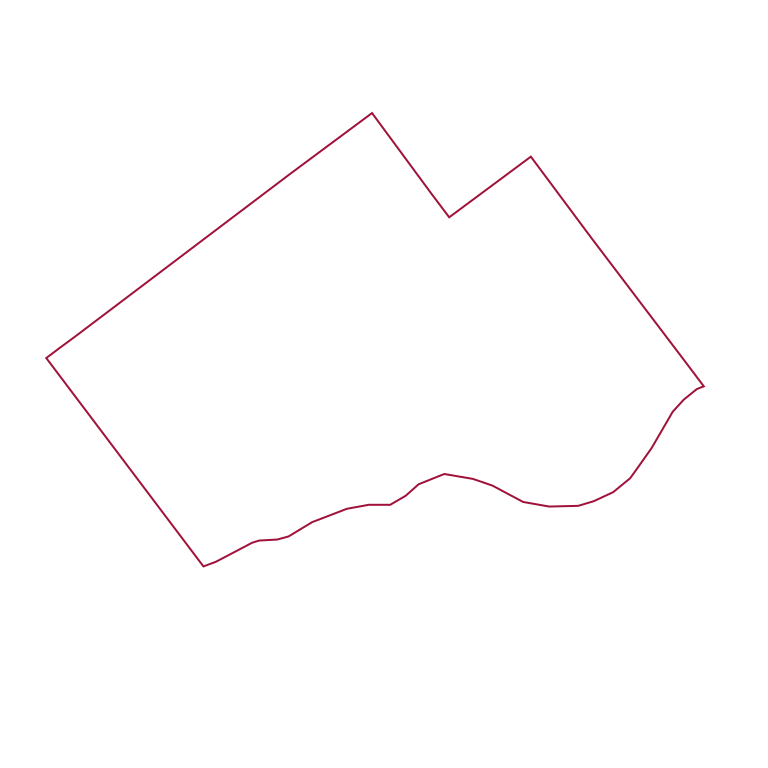 Manitowoc, Wisconsin, United States of America, rotated 53°
{"feature_id": "52423323B20769753681937", "entity_name": "Manitowoc", "entity_type": "district", "adm_level": 2, "iso_a3": "USA", "parent_name": "United States of America", "parent_adm1": "Wisconsin", "projection": "albers", "projection_center": [-87.714, 44.11], "detail": "fine", "context": "isolated", "style": "outline", "palette": "rose", "viewbox_px": 768, "rotation_deg": 53, "n_neighbors": 0, "source": "geoboundaries", "source_scale": "gbopen_adm2", "svg_char_len": 657}
<svg xmlns="http://www.w3.org/2000/svg" viewBox="0 0 768 768"><g transform="rotate(53 384 384)"><path d="M392.2,130.5L290.8,129.9L290.1,231.6L260.3,231.6L160.4,230.5L159.7,332.6L160.1,536.0L160.2,603.7L160.0,620.8L160.0,638.1L421.0,638.0L424.8,625.3L431.4,584.9L433.9,577.9L444.0,562.8L448.3,552.0L449.9,536.2L451.1,524.4L461.3,488.8L471.4,468.7L484.2,451.8L486.3,433.9L484.9,416.7L492.1,390.1L513.4,370.0L514.2,369.5L530.3,358.6L561.9,343.9L581.3,325.8L598.2,302.2L603.8,287.1L608.3,266.1L607.4,244.1L603.5,231.6L596.2,208.8L579.9,170.1L576.9,154.1L576.3,137.2L578.3,130.0L544.6,130.0L392.2,130.5Z" fill="none" stroke="#9f1239" stroke-width="2"/></g></svg>